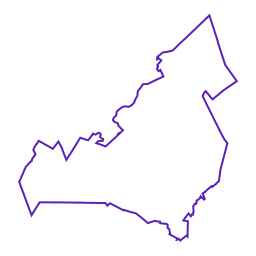 the district of General Zuazua, Nuevo León, Mexico
{"feature_id": "50627088B30603722268617", "entity_name": "General Zuazua", "entity_type": "district", "adm_level": 2, "iso_a3": "MEX", "parent_name": "Mexico", "parent_adm1": "Nuevo León", "projection": "albers", "projection_center": [-100.161, 25.925], "detail": "fine", "context": "isolated", "style": "outline", "palette": "violet", "viewbox_px": 256, "rotation_deg": 0, "n_neighbors": 0, "source": "geoboundaries", "source_scale": "gbopen_adm2", "svg_char_len": 5489}
<svg xmlns="http://www.w3.org/2000/svg" viewBox="0 0 256 256"><path d="M19.6,183.0L21.3,187.6L23.9,194.5L24.4,195.9L26.1,200.6L27.4,204.1L29.8,210.5L31.6,215.2L32.0,214.5L33.5,212.0L34.5,210.5L35.9,208.2L38.6,204.0L39.7,202.3L40.0,202.3L42.5,202.3L48.6,202.3L52.2,202.4L58.4,202.4L62.6,202.4L66.3,202.5L75.9,202.6L80.7,202.7L83.2,202.7L86.0,202.8L88.8,202.8L92.4,202.9L93.2,203.0L93.7,203.0L94.2,202.9L95.1,202.8L95.3,202.8L95.6,202.8L95.8,202.9L96.1,203.0L96.7,203.0L97.3,203.0L98.1,203.0L98.3,203.0L98.6,203.0L99.5,203.0L101.9,203.0L102.5,203.0L105.0,203.0L105.4,203.1L105.6,203.4L105.9,203.6L106.2,203.8L106.4,204.1L106.7,204.5L107.3,205.7L110.0,203.3L115.8,206.3L118.7,207.8L121.2,209.1L123.4,210.3L123.7,209.9L126.5,210.7L128.5,211.3L130.9,212.1L135.9,213.3L138.1,215.0L141.6,217.8L148.0,223.1L148.5,222.9L149.2,222.7L149.3,222.7L149.9,222.5L150.2,222.3L150.7,222.1L151.0,222.0L152.4,221.6L152.9,221.5L153.5,221.3L154.5,221.1L154.9,221.0L155.7,221.0L155.8,221.0L157.1,221.4L157.6,221.4L157.8,221.4L158.0,221.5L159.7,221.7L160.0,221.7L160.1,223.2L161.5,223.4L166.5,223.9L166.8,224.1L167.1,224.2L167.3,224.5L167.4,224.8L167.7,225.4L167.8,225.8L167.5,227.8L168.8,228.7L168.9,228.8L169.1,229.0L169.5,229.7L169.6,231.3L169.9,232.7L170.2,233.7L170.0,233.8L169.5,234.2L177.3,238.5L176.7,239.9L177.1,239.9L178.8,238.8L180.3,240.6L180.8,240.1L181.3,239.7L182.1,239.0L182.5,238.7L183.7,237.8L186.4,235.6L187.5,236.6L187.9,221.2L183.4,220.5L184.1,219.2L186.7,215.8L187.3,215.0L188.6,213.4L190.8,216.3L192.5,213.7L192.9,214.1L192.9,213.6L193.4,212.5L193.6,212.2L193.2,206.2L193.9,205.4L194.6,204.6L195.1,204.1L194.9,203.9L195.3,203.7L195.8,203.9L196.1,203.1L196.3,202.8L196.6,202.7L196.6,200.5L198.3,199.6L200.1,198.0L200.3,197.0L200.6,196.3L204.0,199.6L204.7,199.1L204.3,197.7L203.9,196.8L203.6,195.9L203.4,195.4L203.1,194.7L202.5,193.6L203.7,192.8L205.1,191.8L207.5,189.6L211.5,186.1L211.9,186.4L212.3,186.9L214.4,185.1L214.9,184.8L215.0,184.7L216.1,183.9L216.7,183.0L217.0,182.7L218.9,181.2L220.5,169.4L227.4,143.2L225.0,140.3L224.1,138.9L223.3,137.4L223.0,136.7L222.3,135.6L215.6,122.4L206.9,104.8L202.6,96.0L204.3,92.6L204.6,92.0L204.8,92.0L205.1,91.9L205.5,91.8L205.6,91.7L205.2,90.6L206.2,91.7L210.8,97.4L212.5,99.4L213.8,98.3L216.3,96.3L220.1,93.1L223.8,90.1L236.8,81.2L225.5,65.3L225.3,65.1L219.5,47.4L216.8,38.2L209.4,15.4L186.1,37.7L180.5,42.8L173.1,50.2L171.6,50.8L170.4,51.2L169.8,51.3L169.6,51.2L169.5,51.3L169.2,51.4L168.7,51.5L168.3,51.5L167.8,51.7L166.7,51.9L165.6,52.0L164.9,52.2L164.3,52.2L163.1,52.4L162.2,53.0L161.4,53.6L160.9,54.0L160.2,54.6L158.0,56.3L157.3,56.8L157.0,59.1L156.9,59.4L156.9,59.5L157.0,59.6L157.6,58.8L158.0,58.3L158.4,58.0L158.6,58.3L159.3,58.9L160.1,59.5L161.3,60.3L160.2,61.9L157.5,64.6L157.4,64.9L157.3,65.1L157.5,65.4L157.6,65.6L158.2,66.1L157.9,66.8L157.6,67.7L157.0,68.2L157.1,69.2L158.6,71.2L160.3,69.9L163.4,76.5L162.1,77.1L158.0,79.0L154.6,80.6L151.6,82.1L149.8,83.0L148.7,83.6L148.1,83.9L147.9,83.9L143.0,84.2L141.9,85.8L140.9,87.3L138.1,90.7L137.8,91.4L137.6,92.5L137.5,93.8L137.5,94.8L137.5,95.5L137.3,95.9L137.1,96.4L136.7,96.9L136.2,97.9L135.6,98.9L135.0,100.1L134.4,102.0L134.1,102.6L133.5,103.3L132.2,104.7L131.2,105.3L130.5,105.9L129.9,106.2L128.5,106.8L128.2,106.9L127.5,106.7L127.0,106.5L126.4,106.4L126.1,106.3L125.6,106.3L125.1,106.3L124.6,106.5L124.0,106.6L123.6,106.7L122.9,106.9L122.6,107.1L121.9,107.5L121.1,107.9L119.8,108.9L118.1,110.2L117.2,110.9L116.9,111.5L116.7,112.1L116.6,112.7L116.2,115.0L116.1,115.4L116.0,115.6L115.8,116.0L115.3,116.3L114.4,117.0L114.0,117.4L113.4,118.5L112.9,119.9L113.3,120.6L113.5,120.8L113.9,121.3L114.1,121.5L114.5,121.7L115.3,122.3L115.6,122.4L115.9,122.6L116.7,122.6L117.0,122.7L117.2,122.9L117.7,123.3L117.9,123.7L118.0,123.9L118.0,124.3L118.1,124.7L118.2,124.9L118.2,125.2L118.8,125.9L119.6,126.8L120.1,127.4L120.5,127.8L120.9,128.3L121.3,128.9L122.1,129.5L122.6,129.9L123.0,130.2L120.6,132.5L119.7,132.8L119.0,133.2L118.8,133.4L118.6,133.5L118.4,133.6L118.2,133.6L117.9,134.1L118.2,134.6L118.4,134.6L116.9,136.0L115.1,137.8L114.9,137.9L112.9,139.7L111.6,140.9L109.9,142.5L105.6,146.4L102.1,145.1L96.3,143.1L98.1,141.2L102.8,140.8L103.1,139.0L101.5,138.3L101.4,138.3L100.0,136.6L100.6,134.8L100.8,134.5L100.7,134.3L100.6,134.2L100.4,133.9L100.1,133.6L99.8,133.3L99.6,133.1L99.3,133.0L98.9,132.9L98.4,132.9L97.9,133.0L97.6,133.2L97.4,133.4L96.4,134.1L95.9,134.4L95.4,134.5L94.8,134.4L94.0,134.3L93.5,134.0L93.1,133.6L92.4,134.6L92.0,135.3L90.2,137.6L88.9,139.3L88.0,140.3L85.2,139.4L82.3,138.4L80.3,137.7L77.3,142.5L74.5,147.1L73.2,149.1L72.3,150.6L70.2,153.9L67.4,158.3L66.4,159.9L66.3,159.6L62.7,150.7L62.0,148.1L61.8,147.7L60.0,144.5L58.4,141.5L55.9,144.9L55.9,145.0L55.5,145.3L55.0,146.0L54.4,146.8L52.9,148.8L39.5,141.3L38.7,140.8L36.1,144.6L35.2,145.9L34.5,147.0L34.4,147.2L34.3,147.6L33.4,149.9L33.4,150.0L33.5,150.4L33.8,151.0L34.2,151.7L34.3,151.8L34.4,152.1L34.6,152.5L34.8,152.8L34.9,153.0L35.0,153.1L35.1,153.5L35.5,154.2L35.5,154.3L34.8,155.3L34.7,155.4L34.7,155.6L34.6,155.8L34.4,155.9L33.7,156.8L32.4,158.6L32.2,159.0L32.0,159.5L31.9,159.8L31.8,160.0L31.7,160.2L31.7,160.5L31.8,160.7L31.8,160.8L31.7,160.8L31.4,161.1L31.2,161.2L31.0,161.5L30.5,161.8L30.2,162.1L30.0,162.3L29.9,162.4L29.6,162.7L29.4,162.9L28.8,163.5L27.4,165.2L26.4,166.2L25.8,166.9L25.7,167.1L25.3,168.1L24.8,169.1L23.4,172.3L23.0,173.3L22.6,174.2L22.5,174.6L22.2,175.2L21.5,176.4L21.4,176.7L21.4,176.9L19.6,181.2L19.5,181.3L19.4,181.6L19.2,181.7L19.6,183.0Z" fill="none" stroke="#5b21b6" stroke-width="2"/></svg>